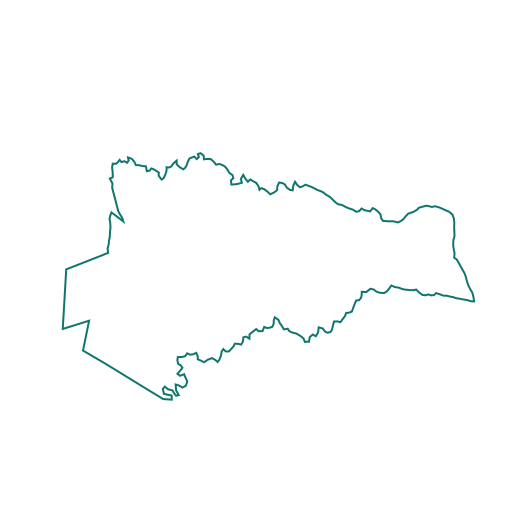 Nossa Senhora da Glória, Sergipe, Brazil, rotated 168°
{"feature_id": "56859067B27700836556766", "entity_name": "Nossa Senhora da Glória", "entity_type": "district", "adm_level": 2, "iso_a3": "BRA", "parent_name": "Brazil", "parent_adm1": "Sergipe", "projection": "natural_earth1", "projection_center": [-37.571, -10.185], "detail": "fine", "context": "isolated", "style": "outline", "palette": "teal", "viewbox_px": 512, "rotation_deg": 168, "n_neighbors": 0, "source": "geoboundaries", "source_scale": "gbopen_adm2", "svg_char_len": 4076}
<svg xmlns="http://www.w3.org/2000/svg" viewBox="0 0 512 512"><g transform="rotate(168 256 256)"><path d="M214.9,321.8L218.1,323.1L220.6,319.7L221.6,316.1L224.8,314.5L229.2,313.4L231.6,316.8L233.9,319.5L236.6,321.3L238.8,320.0L239.1,323.8L240.6,327.5L243.2,329.7L245.7,332.1L248.5,330.3L250.1,333.4L251.7,338.0L254.8,334.4L254.6,330.6L258.7,330.3L262.1,330.5L265.3,331.1L264.7,335.3L262.0,336.8L262.2,340.1L264.8,342.8L266.2,347.0L267.6,349.7L269.6,351.7L272.6,353.6L276.1,353.7L277.6,356.7L280.1,360.2L283.8,361.1L286.8,361.4L286.3,365.0L288.9,368.1L291.7,367.8L291.3,364.7L293.8,363.1L295.7,366.1L300.7,365.3L303.2,362.3L304.6,359.7L306.9,357.0L309.2,355.9L312.3,358.9L314.5,362.2L313.8,365.8L317.5,363.8L320.1,361.3L322.6,360.6L325.0,361.4L325.8,357.9L327.7,354.6L330.0,351.5L332.5,350.4L334.5,354.8L333.7,357.8L337.2,361.4L340.1,363.4L342.4,361.6L345.1,361.7L345.1,366.6L348.6,367.7L351.4,369.1L354.6,369.9L355.5,373.7L357.3,376.9L360.7,379.0L360.7,375.9L362.7,374.0L365.0,376.1L368.0,375.8L369.4,378.4L371.5,376.5L373.8,375.3L376.9,376.1L378.4,372.5L378.7,368.2L379.7,362.8L382.9,362.1L381.3,356.8L382.5,352.6L381.4,328.7L380.7,325.9L378.9,320.9L378.6,317.4L388.3,328.7L390.4,325.4L391.6,322.6L391.7,318.8L392.4,314.1L393.8,310.0L395.0,305.2L396.7,301.3L397.6,298.1L399.6,294.3L400.0,289.8L419.4,286.5L440.8,283.0L444.4,282.4L446.1,276.2L460.2,224.8L432.7,227.4L444.9,199.5L425.4,181.7L400.9,158.4L376.6,135.4L368.3,133.0L367.5,137.1L371.0,138.6L374.7,140.3L374.8,145.4L372.4,147.2L369.7,143.9L365.6,141.9L364.7,138.8L363.2,135.9L360.5,136.0L362.1,141.2L361.3,147.0L358.7,145.6L355.2,142.6L351.6,143.7L349.3,147.5L350.4,152.5L350.9,155.3L355.2,154.6L357.3,157.1L354.1,159.6L351.2,162.0L352.4,164.8L354.5,166.5L354.6,170.3L353.5,173.4L349.7,172.6L346.1,172.7L343.6,175.1L341.0,173.2L338.0,172.9L334.6,173.7L333.9,170.3L334.4,167.1L331.9,165.3L329.0,162.9L324.9,164.5L320.3,165.3L317.4,162.8L315.6,160.3L313.3,162.2L311.1,165.6L309.5,169.6L307.3,171.8L305.5,168.9L302.3,168.3L299.2,170.5L296.8,172.2L295.0,174.6L291.8,173.8L289.0,172.4L286.7,174.9L285.2,179.1L282.4,179.2L279.6,176.5L278.6,180.7L275.9,182.1L273.4,183.3L271.0,184.5L269.1,181.9L265.2,181.2L262.7,184.9L260.3,183.3L257.5,183.0L254.7,183.4L252.8,186.0L252.0,189.3L250.4,192.1L247.4,189.0L246.6,185.2L245.2,182.1L243.9,178.4L240.1,178.3L239.1,175.7L236.3,173.5L232.7,171.8L229.4,168.8L226.7,165.6L226.0,161.8L221.9,161.2L220.3,165.5L216.8,167.4L214.2,165.1L211.2,168.3L209.5,173.2L205.9,171.3L204.0,167.5L201.9,166.1L199.0,166.1L197.0,168.1L195.8,170.7L193.3,175.7L190.0,175.1L187.2,173.7L184.4,176.2L181.5,178.7L179.6,181.6L177.1,181.2L173.8,181.7L170.9,186.3L168.9,189.3L167.3,191.7L164.4,191.3L162.0,193.2L160.7,195.9L160.0,199.0L155.6,197.8L150.9,200.2L147.8,198.7L145.6,196.1L142.5,194.3L138.5,193.1L135.1,194.3L132.5,196.5L129.7,199.0L126.6,196.7L123.0,195.4L119.7,193.2L116.7,192.0L112.8,190.7L108.9,189.8L106.3,189.9L104.0,186.4L101.4,183.4L98.2,182.3L95.4,182.6L93.2,181.2L90.1,180.7L87.6,182.3L84.4,180.5L80.9,178.2L77.6,177.5L74.5,175.9L71.7,174.8L68.8,173.0L65.7,171.9L62.1,170.3L58.3,168.9L55.6,167.2L52.2,166.2L51.8,169.9L52.0,175.0L53.7,180.2L54.6,183.9L55.0,189.1L55.1,192.3L55.6,195.7L56.9,199.8L58.9,206.4L60.4,210.9L62.5,213.2L61.2,217.4L61.2,221.0L60.9,225.5L59.6,230.6L57.8,233.9L57.2,236.9L56.2,242.9L55.1,247.3L54.7,251.6L55.2,255.7L58.1,259.3L60.9,261.2L63.3,263.0L66.5,265.3L70.3,267.4L73.8,267.4L76.1,268.6L78.5,269.7L82.7,269.6L86.4,269.4L89.2,267.6L93.4,266.3L98.2,265.8L101.2,263.8L104.0,261.5L106.9,260.1L110.2,259.3L112.5,260.5L115.0,261.6L117.5,262.0L120.3,262.7L124.4,263.9L125.7,266.7L125.6,271.0L127.6,274.3L129.4,276.6L131.9,278.6L135.0,275.9L137.5,277.0L140.3,278.2L142.9,280.5L145.8,278.4L148.8,278.4L151.7,281.3L155.0,283.1L158.1,285.3L161.1,287.9L165.0,289.6L167.2,292.1L169.5,295.6L171.4,298.4L174.4,301.1L177.1,304.3L179.4,306.1L182.2,307.8L184.8,310.0L187.5,312.1L190.3,313.9L192.7,315.5L195.6,314.5L198.8,314.1L201.1,317.3L202.4,320.5L205.0,316.9L206.5,312.6L209.1,313.6L211.6,316.5L212.9,319.9L214.9,321.8Z" fill="none" stroke="#0f766e" stroke-width="2"/></g></svg>